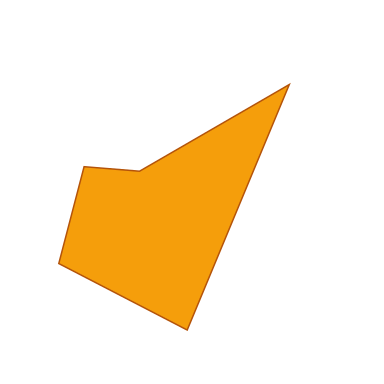 Boe, Albers equal-area conic projection, rotated 225°
{"feature_id": "NRU-4971", "entity_name": "Boe", "entity_type": "state/province", "adm_level": 1, "iso_a3": "NRU", "parent_name": "Nauru", "parent_adm1": "", "projection": "albers", "projection_center": [166.917, -0.541], "detail": "fine", "context": "isolated", "style": "filled", "palette": "amber", "viewbox_px": 384, "rotation_deg": 225, "n_neighbors": 0, "source": "natural_earth", "source_scale": "10m", "svg_char_len": 240}
<svg xmlns="http://www.w3.org/2000/svg" viewBox="0 0 384 384"><g transform="rotate(225 192 192)"><path d="M199.2,336.8L97.8,91.0L235.6,47.2L286.2,133.6L243.8,169.6L199.2,336.8Z" fill="#f59e0b" stroke="#b45309" stroke-width="1.5"/></g></svg>